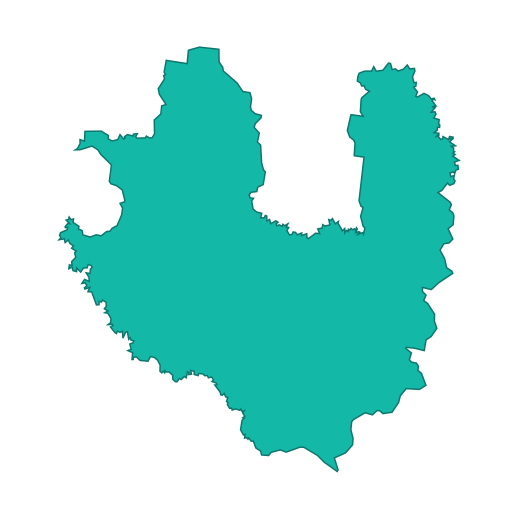 outline of Dong Phu, Bình Phước, Vietnam, rotated 96°
{"feature_id": "81297802B41717626545623", "entity_name": "Dong Phu", "entity_type": "district", "adm_level": 2, "iso_a3": "VNM", "parent_name": "Vietnam", "parent_adm1": "Bình Phước", "projection": "albers", "projection_center": [106.951, 11.479], "detail": "fine", "context": "isolated", "style": "filled", "palette": "teal", "viewbox_px": 512, "rotation_deg": 96, "n_neighbors": 0, "source": "geoboundaries", "source_scale": "gbopen_adm2", "svg_char_len": 6005}
<svg xmlns="http://www.w3.org/2000/svg" viewBox="0 0 512 512"><g transform="rotate(96 256 256)"><path d="M366.8,73.5L355.4,79.2L352.8,83.1L348.8,82.9L345.7,85.3L345.3,90.4L343.1,92.6L336.2,91.3L332.1,97.5L331.1,96.8L331.1,89.0L332.5,78.8L321.6,78.1L317.8,73.4L309.1,68.6L302.1,71.8L295.3,72.3L285.2,80.4L282.8,84.6L277.2,82.8L273.8,86.8L269.8,87.1L271.1,78.2L263.5,71.5L252.7,58.5L250.6,59.6L247.7,65.2L238.8,68.2L231.0,73.6L224.2,70.5L222.8,65.3L218.5,62.0L208.8,67.8L204.3,63.2L195.4,63.4L192.3,64.9L190.0,68.6L184.5,67.1L182.3,68.4L173.9,81.7L171.4,78.1L163.5,73.2L165.5,70.8L163.4,66.8L160.6,65.9L158.4,67.6L155.1,67.1L156.7,70.6L153.2,71.8L151.8,68.4L153.3,67.1L149.6,66.1L148.6,63.8L144.7,64.7L145.2,67.2L141.8,68.4L139.7,64.0L136.1,70.7L134.2,68.6L133.3,71.0L131.5,69.3L130.9,70.6L128.0,70.7L126.5,73.3L125.5,69.2L122.3,75.4L119.8,73.3L119.0,74.9L118.7,72.3L117.2,72.4L116.9,76.0L120.1,76.7L117.7,82.5L119.9,82.4L120.7,84.5L118.4,87.1L116.9,86.8L118.0,88.9L114.9,87.0L114.6,91.7L111.9,88.9L108.8,89.0L108.9,86.9L106.5,86.9L105.7,88.1L101.2,88.1L100.2,93.6L96.1,91.8L93.9,93.1L94.7,96.8L89.7,93.4L89.2,96.7L88.0,92.6L83.1,97.2L81.6,95.9L81.9,94.4L80.5,95.3L81.5,98.3L78.7,100.8L76.7,105.9L81.1,112.2L80.5,113.8L76.0,112.5L71.6,116.8L70.4,114.8L66.6,114.7L67.1,117.0L61.4,119.1L55.6,117.3L52.9,118.0L53.8,122.7L50.2,125.5L54.8,129.0L57.2,134.0L55.3,137.0L56.4,140.1L50.5,142.3L50.3,144.4L58.0,149.2L59.7,155.7L55.4,158.7L60.0,160.4L60.8,167.4L63.5,172.6L67.2,173.5L71.4,173.5L73.0,170.2L75.9,168.7L75.4,166.4L78.8,164.4L80.3,160.4L87.6,167.4L89.7,167.8L101.6,167.3L105.9,164.0L105.5,176.3L121.6,178.3L127.9,175.2L130.5,170.9L133.5,169.3L146.0,168.8L146.4,158.9L190.4,159.3L195.5,156.8L196.6,154.6L205.6,156.1L215.3,152.5L216.8,150.6L222.9,151.4L221.5,152.1L223.8,156.9L221.5,155.3L221.1,156.3L222.4,159.2L218.7,158.1L217.5,159.1L220.3,159.7L218.7,161.0L219.8,162.8L218.6,164.4L220.3,165.3L219.7,166.9L222.1,166.8L221.1,168.9L223.6,170.1L219.5,170.7L221.9,172.7L214.8,177.9L213.1,177.7L215.7,180.6L210.8,183.9L212.7,185.2L212.2,187.4L217.4,185.8L219.0,190.6L217.9,192.9L221.2,193.1L222.6,197.4L227.1,195.0L227.1,199.1L233.3,205.7L232.3,207.3L228.5,207.9L231.0,212.9L228.3,212.9L230.6,217.1L228.4,219.2L228.2,221.6L230.7,222.4L231.6,224.9L227.5,227.9L224.2,226.5L224.1,229.0L220.7,227.7L222.9,230.7L221.7,232.5L223.8,233.0L222.6,236.2L223.8,238.5L221.8,239.3L220.1,237.6L219.0,239.9L222.3,244.8L218.3,246.3L219.9,248.9L215.1,249.5L214.7,251.0L217.2,251.7L217.5,255.3L212.9,254.8L212.2,260.0L209.6,263.8L201.7,266.1L198.9,264.5L198.8,268.0L195.8,269.2L193.2,267.6L191.8,261.9L187.4,261.5L184.2,256.3L171.3,255.5L169.7,257.5L162.6,260.2L145.2,263.0L142.5,266.5L133.4,265.6L128.2,271.3L124.4,270.5L118.0,265.4L115.6,265.3L114.6,271.6L111.8,275.8L108.2,277.1L100.1,276.8L94.2,279.1L93.8,286.3L85.9,292.9L75.4,307.9L71.8,308.8L66.9,313.0L54.3,314.5L54.2,334.1L58.4,344.7L71.9,344.6L70.8,365.7L82.8,366.6L84.9,365.0L86.3,366.8L89.3,365.4L99.9,370.7L105.3,369.0L114.8,361.3L116.5,365.5L124.7,365.5L131.4,371.4L145.1,369.7L149.3,371.6L149.8,374.4L148.2,377.6L150.1,378.5L151.3,386.7L149.9,388.2L146.8,386.8L146.9,388.1L147.7,390.7L149.5,390.7L148.7,396.5L151.0,399.3L152.2,398.5L153.5,399.9L149.5,403.9L154.6,405.6L156.7,411.0L154.9,415.3L151.6,415.4L148.0,423.0L149.9,439.1L159.7,438.6L158.6,443.2L162.6,442.7L167.8,444.8L169.3,446.8L168.6,441.7L163.8,430.6L167.0,424.3L171.2,421.0L180.5,409.3L197.0,409.7L199.3,407.9L200.7,401.9L204.3,395.9L214.3,392.3L215.8,392.4L217.9,396.7L222.3,393.7L229.1,393.9L240.3,397.3L243.4,401.9L246.7,403.9L247.3,407.2L252.1,412.0L251.6,417.2L254.5,422.8L253.1,430.4L248.8,431.6L247.8,435.4L244.9,435.2L241.8,441.4L238.2,441.4L239.2,443.8L236.8,445.9L239.3,446.3L240.1,448.6L243.4,444.6L243.4,446.6L246.7,448.9L247.7,448.6L247.2,446.3L249.8,446.7L253.2,452.8L256.1,453.5L258.3,451.9L260.4,453.5L259.0,448.5L262.6,447.2L259.7,444.3L263.1,442.2L265.1,438.5L267.5,440.2L270.0,435.2L271.7,436.7L276.3,435.1L280.7,438.7L284.4,438.0L284.4,440.7L288.2,440.8L286.2,437.8L289.7,436.4L290.3,432.8L286.7,433.1L290.3,428.7L286.1,426.4L285.4,422.7L282.0,422.0L282.7,418.9L284.7,417.7L286.3,419.3L290.8,419.3L290.5,423.1L294.7,419.9L298.7,419.2L297.2,424.1L301.5,426.3L300.5,423.0L303.3,421.0L305.5,423.3L306.8,422.7L304.5,418.0L309.1,419.4L308.9,415.6L321.3,409.6L320.8,407.0L317.6,407.4L317.9,404.8L315.9,404.0L317.6,400.4L321.7,399.6L324.3,401.3L326.2,397.4L328.2,400.4L328.4,397.3L333.3,393.7L337.4,393.5L339.7,396.0L339.0,391.7L340.2,391.0L341.8,393.3L346.8,388.4L347.7,386.7L345.2,386.0L346.1,383.2L344.9,381.0L351.6,379.8L345.3,377.7L344.7,376.0L352.1,373.9L350.4,372.6L352.7,371.6L353.1,368.7L355.2,369.2L356.7,372.3L361.9,370.4L363.5,373.5L365.0,368.6L371.9,368.5L371.7,367.3L369.7,367.7L368.8,364.4L372.0,360.4L371.9,352.4L367.1,350.5L367.5,346.6L369.9,342.9L374.7,339.9L380.5,339.5L382.1,337.5L380.3,336.1L381.7,334.7L379.4,334.5L380.7,333.3L380.5,330.3L383.4,326.3L387.1,326.0L389.4,323.2L389.4,321.4L385.8,319.5L386.7,317.5L383.3,314.6L384.4,312.7L378.4,312.1L378.8,310.5L381.0,310.6L380.3,307.8L376.6,309.0L377.2,305.3L380.3,305.1L381.0,301.1L378.9,300.8L378.8,296.6L380.4,294.6L380.0,291.9L382.1,290.6L381.0,287.4L383.7,285.3L385.4,286.7L386.5,282.3L388.1,281.4L388.6,283.5L395.1,277.4L397.8,276.5L397.9,274.8L396.0,273.3L399.3,271.4L399.6,269.3L403.8,270.1L404.7,268.4L406.6,269.0L410.2,266.4L409.9,264.2L411.7,263.6L410.2,260.2L411.2,255.8L409.7,255.0L412.1,253.6L411.2,251.5L413.5,252.8L416.6,250.4L418.3,252.3L418.7,250.9L421.0,252.7L430.4,253.2L435.3,249.8L434.6,248.2L438.3,248.3L437.6,246.3L439.0,244.9L437.7,244.3L440.7,241.4L440.4,239.3L446.9,236.1L449.6,230.9L453.3,229.7L453.1,222.6L449.7,220.5L446.3,211.5L447.9,205.5L441.5,192.3L441.3,188.3L447.9,174.0L454.1,166.4L461.8,152.7L460.2,152.0L448.6,157.0L442.5,146.4L433.7,140.2L427.3,140.4L418.8,143.5L410.8,143.5L408.6,142.1L400.5,131.1L401.8,123.6L397.1,119.5L396.9,116.9L399.5,113.3L397.2,104.4L386.8,98.9L380.0,97.9L372.2,92.8L371.6,79.6L366.8,73.5Z" fill="#14b8a6" stroke="#0f766e" stroke-width="1.5"/></g></svg>